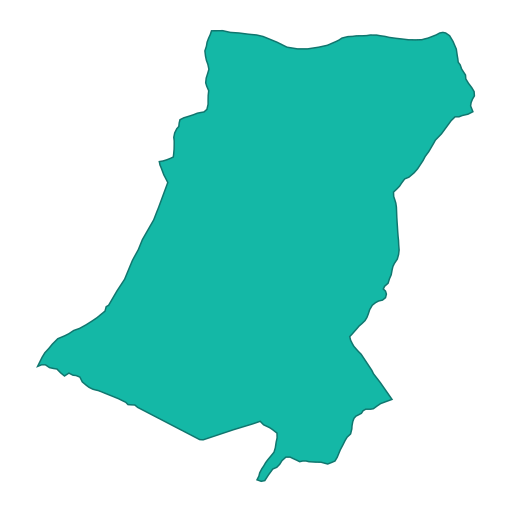 Vihiga, Western, Kenya (Natural Earth projection)
{"feature_id": "3690345B61928390686387", "entity_name": "Vihiga", "entity_type": "district", "adm_level": 2, "iso_a3": "KEN", "parent_name": "Kenya", "parent_adm1": "Western", "projection": "natural_earth1", "projection_center": [34.696, 0.032], "detail": "fine", "context": "isolated", "style": "filled", "palette": "teal", "viewbox_px": 512, "rotation_deg": 0, "n_neighbors": 0, "source": "geoboundaries", "source_scale": "gbopen_adm2", "svg_char_len": 3566}
<svg xmlns="http://www.w3.org/2000/svg" viewBox="0 0 512 512"><path d="M204.9,50.9L205.5,56.0L206.4,60.3L207.9,64.4L208.9,69.3L207.6,73.7L206.2,78.1L205.7,82.8L206.7,86.1L208.7,90.7L208.2,95.5L208.1,100.1L208.1,104.3L206.9,109.4L203.9,112.0L200.8,112.5L197.3,113.2L193.6,114.7L188.7,116.3L183.8,117.8L180.0,119.7L179.2,122.9L178.8,126.5L176.8,128.7L174.7,132.9L173.8,137.3L174.2,140.9L174.2,144.1L174.1,149.2L173.7,153.7L173.3,157.0L170.6,158.3L166.8,159.8L162.9,161.0L159.3,161.6L160.0,165.0L161.3,168.1L162.6,171.6L163.8,174.8L165.8,178.6L167.8,182.5L158.5,207.7L156.8,211.9L153.7,219.9L142.4,239.6L138.3,249.7L134.1,257.3L132.4,260.5L127.7,271.8L124.6,279.3L117.0,290.9L108.6,305.3L106.2,306.7L105.0,311.1L97.0,317.7L91.5,321.4L86.1,324.8L79.6,328.4L73.7,330.5L68.9,333.7L64.7,335.8L57.8,338.7L54.7,341.8L52.3,344.2L48.8,348.5L44.9,352.7L42.2,357.1L37.6,366.4L41.6,364.8L45.4,364.8L49.5,367.6L53.6,368.5L56.9,369.0L60.7,372.9L64.5,376.0L68.9,373.1L73.0,375.2L76.0,375.5L79.9,377.1L82.3,381.9L86.2,385.2L89.0,387.3L92.8,389.2L95.8,390.0L98.4,390.6L118.5,398.7L122.1,400.5L125.8,402.3L128.0,404.6L130.9,404.8L134.8,405.0L137.7,407.4L199.7,439.6L203.2,439.8L233.5,429.7L245.7,426.0L252.0,424.1L255.6,422.9L260.2,421.3L263.6,424.8L267.2,426.5L269.7,427.7L272.4,429.5L277.0,433.1L277.1,437.9L276.2,442.0L275.3,447.9L274.0,452.2L271.0,455.9L267.6,460.0L265.6,462.7L263.9,465.7L261.8,468.8L259.7,472.8L258.9,476.1L257.0,479.8L261.2,481.3L264.8,480.6L268.4,475.0L272.8,469.0L276.8,467.3L279.7,464.3L282.0,460.6L285.9,457.1L290.1,457.1L293.2,458.6L296.5,460.1L299.7,461.7L302.6,461.0L306.1,461.0L308.9,461.7L315.5,462.1L321.0,462.2L324.6,463.2L327.7,464.0L331.8,462.4L335.0,461.0L337.2,457.3L340.3,449.8L342.8,445.1L345.1,440.5L347.1,437.2L350.6,433.9L351.8,429.0L352.0,425.8L352.8,421.5L354.0,418.3L356.0,416.1L358.6,414.8L361.4,413.3L363.1,410.7L365.7,409.2L370.5,409.2L373.4,408.7L377.5,405.7L380.6,403.6L385.7,401.7L392.0,399.4L380.3,382.6L373.5,373.8L371.8,370.3L361.1,354.2L358.4,351.5L356.0,348.8L353.9,346.4L352.3,343.6L350.6,340.2L349.7,336.6L352.0,334.2L354.7,331.1L357.0,328.5L359.1,326.0L362.0,323.5L365.0,320.6L366.9,317.5L368.3,313.9L369.7,309.6L372.3,305.2L375.6,302.6L378.6,301.0L382.5,300.1L385.5,297.7L386.4,294.1L385.5,291.1L383.3,289.0L384.6,286.3L388.1,283.2L389.5,278.7L391.2,274.8L392.1,269.9L392.9,266.5L394.4,263.4L397.3,259.1L398.6,254.4L399.1,250.0L398.7,244.7L398.5,240.4L398.1,236.7L397.7,231.5L397.4,226.5L397.1,222.4L396.8,217.2L396.6,212.2L396.4,207.1L395.8,203.1L394.8,199.8L393.7,196.5L393.5,192.1L396.9,188.9L399.5,186.2L401.7,182.9L404.7,178.9L408.9,177.2L414.1,172.8L417.6,168.8L420.1,165.0L423.0,160.6L425.2,156.4L428.7,151.7L432.0,146.1L433.7,143.2L435.4,140.1L441.4,133.9L451.1,120.7L455.1,116.8L459.0,116.8L462.3,115.5L468.0,114.2L472.9,111.7L470.6,105.9L471.1,102.6L472.5,99.1L474.4,95.9L474.1,91.6L471.8,87.7L468.4,83.2L465.8,78.9L465.5,75.0L463.6,72.1L461.6,69.0L460.2,64.9L458.2,62.2L457.8,58.8L457.2,55.3L456.3,49.1L453.0,41.4L449.6,35.7L445.7,33.0L442.9,32.4L439.7,33.0L436.2,34.9L432.4,36.4L428.0,38.1L424.7,38.9L421.9,39.7L415.3,39.9L411.3,39.8L408.6,39.8L402.0,39.0L395.8,38.3L389.2,37.4L384.9,36.4L379.9,35.7L376.7,35.1L373.6,35.1L370.4,35.0L366.7,35.6L362.5,35.8L359.5,35.8L356.1,35.9L352.4,36.4L348.0,36.6L345.0,37.3L341.9,38.1L339.1,40.0L336.3,41.4L327.3,45.3L318.7,47.2L307.5,48.9L301.2,48.9L297.6,48.9L287.0,47.2L277.0,42.2L263.1,36.5L256.7,35.0L248.3,34.2L239.1,33.0L230.3,32.4L222.8,30.7L211.5,30.8L210.3,34.5L208.6,38.2L207.1,42.2L206.4,46.3L204.9,50.9Z" fill="#14b8a6" stroke="#0f766e" stroke-width="1.5"/></svg>